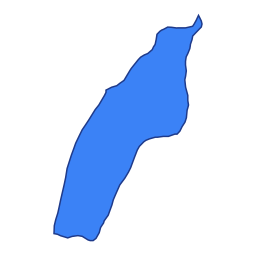 the district of Oredo, Edo, Nigeria
{"feature_id": "59680162B51317919954642", "entity_name": "Oredo", "entity_type": "district", "adm_level": 2, "iso_a3": "NGA", "parent_name": "Nigeria", "parent_adm1": "Edo", "projection": "mercator", "projection_center": [5.573, 6.23], "detail": "fine", "context": "isolated", "style": "filled", "palette": "blue", "viewbox_px": 256, "rotation_deg": 0, "n_neighbors": 0, "source": "geoboundaries", "source_scale": "gbopen_adm2", "svg_char_len": 1573}
<svg xmlns="http://www.w3.org/2000/svg" viewBox="0 0 256 256"><path d="M198.5,15.4L196.2,20.3L194.1,24.1L192.6,26.3L189.0,27.1L185.4,27.9L183.4,27.9L181.1,27.9L180.7,27.9L178.0,27.9L177.6,27.9L176.7,28.0L171.6,27.3L167.7,27.1L163.4,29.4L161.8,30.0L159.9,31.3L157.0,34.3L156.1,40.0L155.8,41.2L155.6,42.3L155.1,44.5L153.6,46.7L152.2,49.7L147.8,53.5L144.2,55.0L140.6,57.2L139.0,58.9L138.4,59.5L131.2,68.5L129.8,70.7L124.0,80.4L119.7,83.4L116.8,85.7L111.7,87.2L106.0,90.1L106.0,92.4L104.5,95.4L98.8,105.1L95.2,109.6L88.7,120.1L85.8,124.5L82.2,129.8L79.3,135.7L75.7,143.2L73.6,149.1L71.4,155.1L67.1,168.5L65.7,177.4L64.3,184.1L60.7,199.7L59.3,206.4L57.8,213.1L55.7,219.8L54.3,225.7L54.0,233.6L57.6,234.3L60.5,235.7L65.5,237.2L67.7,237.9L72.1,236.4L77.9,235.6L82.2,236.3L88.0,239.9L90.2,240.6L93.1,240.6L96.0,238.4L99.2,232.7L100.6,227.5L102.2,225.0L103.5,223.1L104.2,220.8L108.2,215.2L109.7,211.0L111.9,205.0L113.3,199.8L115.5,194.6L119.8,184.9L124.8,178.2L128.4,172.2L130.6,167.8L134.4,157.5L137.3,150.0L139.4,146.3L143.8,141.8L145.9,140.3L149.6,138.8L155.3,137.2L157.5,137.2L163.3,136.4L168.4,136.4L174.9,134.1L177.1,134.1L179.9,131.1L182.1,126.6L185.0,122.1L186.4,117.7L187.1,110.2L187.8,107.8L188.5,105.0L187.8,100.6L187.8,95.4L185.6,87.2L184.8,79.8L185.6,76.1L186.3,70.9L185.5,65.0L185.5,61.3L185.6,60.6L186.0,58.0L186.2,56.8L187.7,53.8L188.6,51.6L189.8,48.6L190.3,45.7L190.4,44.7L190.5,44.1L190.7,43.5L192.0,39.7L192.7,36.0L196.1,32.4L196.3,32.2L201.3,27.0L201.7,25.3L202.0,24.0L201.3,21.0L199.9,18.1L198.5,15.4Z" fill="#3b82f6" stroke="#1e3a8a" stroke-width="1.5"/></svg>